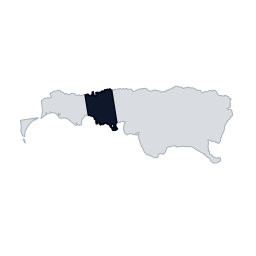 Chubut on a map of Argentina (Mercator projection), rotated 81°
{"feature_id": "ARG-1274", "entity_name": "Chubut", "entity_type": "Province", "adm_level": 1, "iso_a3": "ARG", "parent_name": "Argentina", "parent_adm1": "", "projection": "mercator", "projection_center": [-67.684, -44.0], "detail": "fine", "context": "in_parent", "style": "filled", "palette": "ink", "viewbox_px": 256, "rotation_deg": 81, "n_neighbors": 0, "source": "natural_earth", "source_scale": "10m", "svg_char_len": 7867}
<svg xmlns="http://www.w3.org/2000/svg" viewBox="0 0 256 256"><g transform="rotate(81 128 128)"><path d="M157.2,66.9L155.9,69.2L156.2,70.7L155.0,74.3L155.3,75.1L154.4,76.8L154.7,78.6L154.2,80.5L154.5,82.7L154.1,83.4L153.2,83.6L152.6,86.8L153.4,89.9L152.7,90.5L153.9,92.8L157.5,94.8L159.3,96.8L159.4,97.7L158.4,99.0L158.3,100.0L158.9,101.5L159.8,102.4L161.5,103.0L161.8,105.1L161.5,106.4L158.2,111.2L157.5,113.3L154.4,115.5L146.4,118.0L140.2,119.0L136.6,118.8L134.2,117.8L134.4,120.5L135.6,121.3L135.0,121.4L135.5,121.9L135.2,124.2L134.5,124.6L133.9,126.5L134.0,128.2L134.7,129.6L134.0,131.0L131.2,132.4L128.0,132.7L122.0,130.5L122.3,130.1L121.9,130.0L121.0,130.4L120.6,132.4L121.2,135.3L121.0,138.0L121.4,138.8L123.6,139.8L123.4,140.9L124.1,141.0L125.7,140.7L125.9,139.9L125.1,139.6L127.2,138.9L128.0,140.0L128.0,142.7L127.7,143.5L126.0,144.0L125.5,143.8L124.6,141.9L123.8,141.5L121.5,142.5L121.2,143.1L124.6,144.5L122.1,146.0L120.1,148.6L120.0,153.3L119.6,154.7L118.2,155.9L117.9,156.8L118.4,157.4L118.2,158.3L115.5,158.0L113.6,159.5L111.9,160.0L108.7,165.5L109.1,168.3L112.7,172.3L117.2,173.3L117.7,174.7L117.6,176.3L117.0,177.2L115.4,178.1L116.8,178.1L117.4,179.0L109.3,186.4L108.3,188.6L107.8,193.1L107.2,194.1L105.5,195.0L104.4,194.0L103.5,192.3L103.5,193.7L102.0,194.2L103.9,194.3L104.7,195.4L102.2,197.1L101.5,198.6L101.1,200.8L100.2,202.0L100.9,201.8L101.6,206.1L99.6,206.4L102.1,207.1L104.8,212.1L104.6,212.5L104.5,211.9L97.2,209.7L87.5,209.3L87.6,208.7L85.4,206.0L85.9,204.1L85.5,202.6L86.0,201.1L85.7,199.4L84.9,198.8L81.7,199.8L80.1,195.1L80.2,192.7L79.7,191.1L80.2,189.1L81.8,189.0L82.3,186.8L84.4,185.2L84.4,183.2L85.6,182.1L85.9,181.1L84.8,178.5L85.7,175.7L87.8,173.7L87.6,171.0L88.8,169.7L87.9,166.3L89.1,164.8L88.5,164.0L88.6,162.2L89.7,161.8L90.5,159.8L89.3,158.1L87.1,157.6L87.0,156.7L90.9,156.6L91.4,155.2L91.2,154.4L88.2,154.0L88.2,152.2L88.9,151.0L88.3,149.8L88.5,148.7L87.8,147.1L88.5,146.3L86.6,144.7L86.6,141.9L87.1,141.3L86.8,139.8L88.6,138.5L87.8,135.9L88.0,131.0L87.7,129.7L88.8,127.7L88.2,126.4L89.0,125.4L88.7,123.0L89.6,122.8L90.2,118.6L92.4,117.4L92.9,116.5L91.4,111.3L91.5,109.4L91.2,108.5L91.6,107.4L91.3,105.7L91.9,103.8L93.4,103.0L93.5,102.3L95.1,101.0L95.0,97.8L94.4,96.2L95.1,95.6L95.6,93.1L96.8,90.6L97.8,90.1L97.6,87.2L97.9,84.6L96.6,84.1L96.9,82.3L96.5,81.9L96.2,79.9L95.4,78.2L95.3,77.5L95.8,77.0L94.9,76.3L94.2,74.8L94.4,73.3L94.5,72.4L95.5,71.7L95.4,71.0L96.2,68.1L97.3,67.9L97.8,66.9L97.2,66.3L97.4,64.6L96.9,62.1L97.9,60.9L98.7,57.1L101.1,54.4L102.6,50.2L103.9,50.1L105.2,49.2L103.9,46.4L104.7,44.7L103.8,41.1L104.1,39.8L104.9,39.0L104.0,37.7L104.3,36.5L105.5,35.3L109.9,33.4L111.6,27.9L110.7,27.0L113.0,23.8L114.7,23.2L115.4,21.6L117.6,23.2L121.3,23.2L123.2,23.8L124.6,27.0L126.5,22.8L131.8,22.6L132.8,24.2L134.8,25.9L136.2,28.2L140.6,31.9L146.1,33.7L149.5,36.2L153.5,38.3L155.5,38.8L157.0,40.3L157.4,41.4L156.5,42.3L155.8,43.9L154.7,44.9L154.3,46.0L154.4,47.3L152.3,50.0L152.4,51.0L154.5,50.8L159.6,51.9L162.1,51.9L162.9,52.3L164.2,51.1L166.4,51.6L167.8,49.4L169.2,48.9L170.7,47.4L171.4,45.6L171.7,41.6L172.5,41.9L174.0,41.3L175.2,42.1L176.3,45.5L176.1,48.7L175.5,50.0L173.9,50.7L173.1,51.6L170.7,52.3L169.4,54.1L166.3,55.9L166.5,56.9L165.5,56.8L160.4,63.6L157.2,66.9ZM103.6,232.9L103.7,214.8L105.6,218.3L104.7,218.0L104.4,219.7L106.0,220.1L106.7,222.2L110.2,226.2L115.3,230.2L120.4,231.4L119.0,233.4L114.0,234.4L111.0,233.3L103.6,232.9ZM122.5,232.7L124.0,231.9L127.1,231.8L123.1,233.3L122.5,232.7ZM136.3,119.9L136.3,120.4L135.4,119.5L136.3,119.9Z" fill="#d9dde1" stroke="#a8b0b8" stroke-width="1"/><path d="M87.7,139.3L87.8,139.3L87.9,139.1L88.3,139.0L88.4,138.9L88.6,138.8L88.6,138.7L88.6,138.4L88.5,138.2L120.7,138.2L121.0,138.2L121.3,138.8L121.4,139.0L121.6,139.2L122.0,139.4L122.3,139.5L122.6,139.6L123.0,139.7L123.2,139.8L123.6,139.8L123.8,139.8L123.9,140.0L123.7,140.1L123.3,140.7L123.2,140.9L123.3,141.0L123.8,141.0L124.0,141.1L124.3,141.1L124.6,140.9L125.5,141.0L125.7,140.9L125.9,140.7L125.9,140.4L125.9,140.0L125.8,139.9L125.7,139.9L125.0,139.9L124.7,139.8L124.5,139.7L125.4,139.5L126.0,139.2L126.4,138.9L126.8,138.7L127.1,138.6L127.3,138.7L127.5,138.8L127.6,139.0L127.7,139.4L127.8,139.7L128.0,139.9L128.1,140.1L128.2,140.4L128.1,141.1L128.2,142.1L128.1,142.3L128.0,142.6L127.9,142.9L128.0,143.1L127.8,143.4L127.4,143.6L126.4,143.8L126.0,143.8L125.8,143.9L125.6,144.0L125.5,143.9L125.4,143.7L125.1,143.4L124.9,143.3L124.9,143.1L125.1,142.5L125.2,142.4L125.0,142.2L124.9,142.1L124.7,142.0L124.7,141.9L124.6,141.7L124.3,141.6L124.0,141.5L123.5,141.5L123.2,141.5L122.9,141.6L122.6,141.8L122.3,142.2L121.7,142.4L121.6,142.5L121.4,142.8L121.3,143.0L121.2,143.1L121.3,143.2L121.3,143.3L121.5,143.4L121.7,143.5L122.0,143.6L122.6,143.9L123.0,144.2L123.4,144.4L123.7,144.3L124.1,144.6L124.6,144.4L124.7,144.6L124.6,144.8L124.0,145.2L123.4,145.4L122.5,145.7L121.6,146.3L121.3,146.6L121.2,146.7L121.1,146.9L121.2,147.3L121.0,147.5L120.6,147.9L120.3,148.4L120.0,148.7L119.7,149.2L119.7,149.6L119.8,149.9L119.8,150.2L119.8,150.3L120.0,150.8L120.0,151.1L120.2,151.3L120.1,151.5L120.4,151.7L120.2,151.9L120.2,152.0L120.3,152.4L119.9,152.5L119.8,152.8L119.8,153.1L120.0,153.3L120.0,153.5L120.3,153.9L120.2,153.9L120.2,154.1L119.9,154.2L120.0,154.3L119.9,154.3L119.7,154.5L119.8,154.6L119.8,154.8L120.0,154.9L119.8,154.9L119.8,155.0L119.7,155.0L119.8,154.9L119.7,154.9L119.5,155.0L119.4,155.2L119.5,155.3L119.4,155.5L119.3,155.4L119.2,155.3L119.1,155.5L118.9,155.5L118.7,155.6L118.5,155.8L118.4,155.8L118.2,156.0L118.0,156.3L117.9,156.4L117.9,156.6L117.9,156.9L117.8,157.1L117.8,157.3L118.0,157.4L118.1,157.5L118.2,157.4L118.4,157.5L118.5,157.5L118.8,157.8L118.7,157.8L118.5,158.0L118.4,158.1L118.5,158.2L118.5,158.3L118.3,158.2L118.3,158.3L118.2,158.6L117.7,158.4L117.4,158.4L117.3,158.5L117.3,158.4L117.2,158.3L117.0,158.5L116.9,158.5L116.6,158.5L116.5,158.4L116.4,158.3L116.2,158.3L115.9,158.2L115.6,158.2L115.4,158.3L115.1,158.6L114.8,158.5L114.7,158.6L114.2,158.8L113.9,159.0L114.3,159.3L114.2,159.4L113.6,159.2L113.6,159.4L113.8,159.4L113.9,159.6L113.2,159.7L112.2,159.9L111.9,160.0L111.6,160.3L111.3,160.6L111.1,160.9L110.8,161.4L110.5,161.9L110.3,162.1L110.1,162.4L110.0,162.5L109.9,162.8L109.9,163.1L110.0,163.2L109.9,163.3L109.8,163.5L109.7,163.7L109.4,163.9L109.3,164.2L109.2,164.3L109.0,164.6L108.9,164.7L109.0,164.9L108.9,164.9L108.8,165.2L89.0,165.2L89.2,164.7L89.0,164.4L88.8,164.2L88.6,164.2L88.6,163.7L88.3,163.4L88.3,163.2L88.4,162.9L88.4,162.7L88.6,162.3L88.5,162.2L88.7,161.9L89.1,161.8L89.5,161.9L89.8,161.7L89.7,161.1L90.3,160.8L90.7,160.3L90.7,160.1L90.5,159.9L90.4,159.7L90.0,159.3L89.8,159.1L89.7,158.7L89.5,158.3L89.3,158.1L89.2,158.1L88.8,158.1L88.5,157.8L88.4,157.7L88.3,157.8L88.1,157.9L87.9,157.9L87.5,157.7L87.3,157.6L87.1,157.6L86.9,157.5L87.0,157.1L86.9,156.8L87.0,156.6L87.4,156.7L88.0,156.8L88.4,156.6L88.5,156.6L88.9,156.7L89.1,156.7L89.6,156.5L89.8,156.5L90.0,156.5L90.4,156.8L90.6,156.9L90.9,156.7L91.0,156.5L91.1,156.3L91.0,155.9L91.2,155.4L91.3,155.4L91.5,155.4L91.6,155.2L91.4,154.8L91.4,154.5L91.3,154.4L91.2,154.3L90.8,154.3L90.1,154.2L89.1,154.2L88.8,154.1L88.6,154.1L88.4,154.2L88.2,154.2L88.0,153.9L88.3,153.7L88.2,153.3L88.2,153.1L88.3,152.9L88.2,152.7L88.1,152.4L88.0,152.2L88.3,152.0L88.5,151.9L88.9,151.2L89.0,151.0L89.0,150.9L88.7,150.4L88.5,150.2L88.5,149.9L88.3,150.0L88.2,149.9L88.2,149.7L88.3,149.6L88.7,149.4L88.8,149.2L88.7,148.8L88.5,148.6L88.3,148.4L88.0,148.3L87.9,148.2L88.0,148.1L88.0,147.9L87.8,147.7L87.6,147.8L87.6,147.7L87.6,147.4L87.8,147.2L87.8,146.9L88.0,146.9L88.3,146.7L88.5,146.8L88.5,146.7L88.5,146.2L88.6,145.9L88.0,145.6L87.3,145.5L87.1,145.4L86.9,145.3L86.7,145.0L86.6,144.7L86.8,143.8L86.7,142.9L86.7,142.5L86.7,142.3L86.6,142.0L86.6,141.8L86.7,141.6L86.9,141.5L87.1,141.4L87.0,141.0L87.0,140.9L87.0,140.6L86.7,140.2L86.7,139.9L87.0,139.6L87.1,139.1L87.3,139.0L87.6,139.3L87.7,139.3Z" fill="#0f172a" stroke="#020617" stroke-width="1.5"/></g></svg>